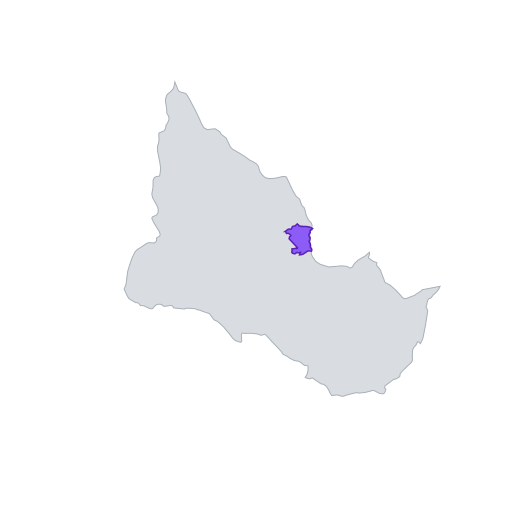 Kouango, Ouaka, Central African Republic (highlighted), rotated 232°
{"feature_id": "33826404B56773227283390", "entity_name": "Kouango", "entity_type": "district", "adm_level": 2, "iso_a3": "CAF", "parent_name": "Central African Republic", "parent_adm1": "Ouaka", "projection": "orthographic", "projection_center": [20.271, 5.054], "detail": "fine", "context": "in_parent", "style": "filled", "palette": "violet", "viewbox_px": 512, "rotation_deg": 232, "n_neighbors": 0, "source": "geoboundaries", "source_scale": "gbopen_adm2", "svg_char_len": 5961}
<svg xmlns="http://www.w3.org/2000/svg" viewBox="0 0 512 512"><g transform="rotate(232 256 256)"><path d="M345.7,196.1L349.9,197.1L350.6,198.5L349.5,202.7L350.4,205.4L352.8,207.6L355.2,208.6L357.5,209.1L365.6,210.4L368.9,212.0L373.4,217.0L379.0,221.5L380.3,223.9L380.1,226.1L378.5,228.8L378.8,229.8L381.3,232.5L384.3,235.2L389.7,238.2L399.0,242.9L403.2,246.0L404.7,248.4L407.1,251.0L410.5,253.4L412.7,255.2L411.2,260.5L411.7,262.2L412.6,263.7L414.5,265.7L415.3,268.3L417.3,271.6L419.6,273.1L423.4,273.6L425.4,275.1L429.6,277.7L433.7,279.9L435.5,281.5L436.5,282.9L437.5,284.5L438.0,286.1L438.1,289.7L438.8,294.0L441.0,297.0L443.1,299.2L434.8,296.8L433.6,296.7L432.1,297.2L427.8,300.4L426.4,300.8L421.0,300.2L407.7,297.8L397.5,295.5L394.5,294.6L389.0,293.9L385.5,295.5L382.1,301.2L381.2,302.3L375.9,304.0L373.4,303.5L367.2,305.1L357.7,302.9L354.4,303.3L351.7,304.5L344.9,307.1L340.8,308.6L336.0,309.9L331.4,312.0L328.3,313.1L325.3,313.1L322.6,312.0L319.6,311.0L316.1,310.8L312.3,311.4L309.2,313.7L307.9,315.3L305.2,319.5L302.0,326.4L300.7,327.8L299.6,328.6L284.7,325.2L278.3,324.4L274.0,325.4L268.5,323.5L266.2,323.2L265.1,323.8L262.0,322.9L257.1,320.6L252.4,319.6L248.2,319.9L245.6,319.1L243.5,316.9L240.8,312.7L236.0,308.5L229.5,305.1L225.5,302.6L223.9,300.9L220.4,300.0L215.0,299.8L209.9,301.5L202.5,306.7L195.6,317.3L191.8,321.4L188.7,322.5L188.0,325.0L189.5,329.1L189.9,333.9L188.8,341.9L189.1,347.7L187.5,346.7L186.0,344.0L185.2,343.5L180.7,344.7L178.3,345.8L177.1,346.9L176.1,347.0L174.7,345.5L173.6,345.2L171.8,345.5L170.0,345.5L168.8,345.3L168.0,345.4L165.9,344.5L158.1,342.2L156.8,341.5L155.2,341.6L151.2,343.5L149.0,344.0L142.6,345.2L135.7,345.8L133.1,345.8L131.2,346.6L130.1,347.9L127.9,355.2L127.3,356.5L127.4,358.4L126.8,364.3L127.1,366.2L118.8,382.4L117.4,379.7L116.6,376.5L116.2,372.9L116.4,371.9L115.9,370.8L115.2,367.8L115.9,365.9L115.3,363.9L113.8,361.9L112.3,360.4L111.5,359.0L110.8,358.4L109.2,358.2L107.0,357.5L97.9,347.8L88.5,337.0L86.6,333.5L85.8,331.5L88.1,331.3L88.7,330.9L88.7,330.0L87.3,327.2L86.7,323.7L85.5,321.6L81.8,318.2L78.3,315.7L77.1,314.4L76.5,312.6L75.3,300.9L74.7,297.6L73.6,296.2L72.8,295.5L72.5,294.7L72.6,292.6L73.1,290.8L73.1,290.1L74.1,288.4L74.2,277.7L73.1,276.2L70.9,276.2L69.8,274.6L68.9,272.6L69.2,271.2L71.3,269.1L72.6,268.2L76.7,266.5L77.8,265.7L78.5,264.6L79.0,263.2L81.4,257.7L85.0,252.2L86.5,251.1L90.1,243.0L90.9,241.0L91.5,238.9L92.7,237.2L96.5,234.5L99.5,229.7L102.6,230.0L105.8,230.8L109.9,231.2L113.2,230.3L115.3,228.5L125.3,225.3L126.1,222.7L127.7,221.4L129.5,220.2L130.2,220.0L130.3,220.9L131.4,223.6L133.6,226.3L137.0,229.2L137.9,229.0L140.0,226.8L145.3,225.5L146.6,224.9L150.3,221.7L154.8,219.6L157.4,218.9L161.9,216.8L165.1,217.1L170.3,216.7L178.9,215.8L185.1,215.4L188.2,215.0L189.0,214.6L190.2,211.5L191.2,210.6L193.5,209.3L198.1,204.6L201.1,200.7L202.0,199.3L202.6,199.0L203.9,197.4L202.6,195.7L197.5,192.2L197.6,191.7L197.3,191.1L197.6,190.6L199.6,189.2L202.2,187.6L205.0,187.0L212.3,187.1L218.5,186.8L220.0,186.8L224.9,186.0L228.2,185.3L231.6,183.6L239.3,183.8L245.8,179.5L247.6,178.7L248.4,178.0L248.7,177.4L251.7,175.7L255.1,172.2L257.7,169.0L258.4,166.8L265.7,159.2L268.2,159.4L269.5,158.4L272.3,153.4L273.2,152.4L276.2,151.5L277.6,150.1L278.9,147.8L278.9,145.1L278.3,142.9L278.3,141.8L279.0,140.8L280.1,139.8L285.6,137.1L287.0,135.8L287.8,134.6L289.4,134.4L291.1,134.5L292.1,133.8L293.3,132.5L297.1,130.9L300.7,129.6L304.4,130.1L311.1,131.7L313.2,135.3L314.1,136.6L322.5,145.0L324.1,147.1L328.3,153.2L330.9,157.4L333.8,163.4L334.2,166.6L333.8,169.4L333.3,177.3L332.6,179.6L328.9,183.9L328.8,185.8L329.6,187.4L330.7,188.1L331.4,188.9L331.0,192.5L332.3,194.0L335.1,194.9L342.0,195.6L345.7,196.1Z" fill="#d9dde1" stroke="#a8b0b8" stroke-width="1"/><path d="M256.7,303.4L256.7,302.8L256.4,302.1L255.6,300.4L256.0,299.4L257.0,298.5L257.3,297.6L257.4,294.1L257.1,294.5L256.4,294.3L255.9,294.0L254.9,293.9L254.4,294.8L254.1,295.3L252.8,295.9L251.0,296.1L250.5,296.1L250.5,294.3L249.2,292.7L237.0,293.8L236.6,293.4L236.7,292.7L237.5,292.4L237.8,291.7L238.4,290.4L239.4,288.8L239.0,288.7L238.7,288.1L238.2,288.0L237.8,287.5L237.1,286.6L236.3,286.4L235.6,286.5L235.1,287.1L234.4,287.3L233.7,288.2L233.7,290.1L233.4,290.5L232.6,291.0L232.2,291.8L231.5,293.3L230.1,291.0L229.3,292.2L228.8,293.4L228.4,294.5L228.4,296.3L228.1,297.1L228.3,298.4L227.8,300.4L227.3,301.0L225.7,302.7L225.8,302.8L225.9,303.0L226.0,303.1L226.1,303.3L226.2,303.5L226.4,303.6L226.6,303.8L226.8,304.0L227.0,304.1L227.3,304.1L227.5,304.2L227.8,304.1L228.0,304.1L228.3,304.0L228.6,304.1L228.9,304.2L229.0,304.3L229.3,304.3L229.5,304.3L229.8,304.4L229.9,304.5L230.0,304.6L230.3,304.8L230.5,305.0L230.7,305.3L230.8,305.4L231.0,305.4L231.2,305.5L231.3,305.6L231.4,305.8L231.5,305.8L231.8,306.0L232.0,306.1L232.3,306.3L232.5,306.4L232.9,306.3L233.0,306.3L233.3,306.3L233.5,306.4L233.7,306.5L233.9,306.6L234.0,306.6L234.3,306.7L234.5,306.7L234.6,306.8L234.8,306.9L234.9,307.0L235.0,307.1L235.2,307.3L235.2,307.5L235.3,307.8L235.3,308.0L235.5,308.2L235.7,308.6L235.9,308.8L236.0,308.9L236.2,309.0L236.4,309.2L236.6,309.3L236.7,309.5L236.8,309.7L237.0,309.6L237.4,309.8L237.5,310.0L237.8,310.0L238.1,310.0L238.3,310.0L238.6,310.1L238.9,310.1L239.0,310.2L239.3,310.2L239.5,310.2L239.6,310.3L239.8,310.5L240.1,310.8L240.3,311.1L240.5,311.2L240.6,311.3L240.7,311.5L240.7,311.8L240.8,312.0L240.8,312.3L240.9,312.5L241.0,312.6L241.1,312.8L241.0,313.0L241.2,313.3L241.3,313.4L241.5,313.4L241.8,313.5L242.1,313.7L242.2,313.8L242.3,314.0L242.5,314.1L242.5,314.3L242.8,314.5L242.8,314.9L242.9,315.1L242.9,315.3L242.7,315.4L242.7,315.5L242.6,315.8L242.5,316.0L242.4,316.1L242.4,316.3L242.6,316.4L242.7,316.5L242.8,316.6L242.9,316.8L242.9,317.0L242.9,317.4L243.0,317.4L243.0,317.5L245.8,316.1L247.7,314.3L249.2,312.7L250.1,311.4L250.4,311.1L250.8,311.0L251.0,310.1L252.0,309.7L252.7,308.8L253.2,308.4L253.7,308.5L254.3,308.7L255.0,308.4L255.9,308.3L255.8,306.8L255.6,305.4L256.7,303.4Z" fill="#8b5cf6" stroke="#5b21b6" stroke-width="1.5"/></g></svg>